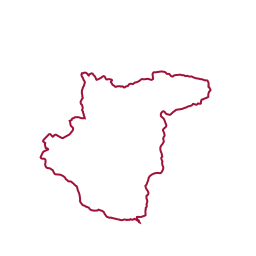 Hualgayoc, Cajamarca, Peru, rotated 131°
{"feature_id": "86281439B40192866337915", "entity_name": "Hualgayoc", "entity_type": "district", "adm_level": 2, "iso_a3": "PER", "parent_name": "Peru", "parent_adm1": "Cajamarca", "projection": "albers", "projection_center": [-78.549, -6.714], "detail": "fine", "context": "isolated", "style": "outline", "palette": "rose", "viewbox_px": 256, "rotation_deg": 131, "n_neighbors": 0, "source": "geoboundaries", "source_scale": "gbopen_adm2", "svg_char_len": 5840}
<svg xmlns="http://www.w3.org/2000/svg" viewBox="0 0 256 256"><g transform="rotate(131 128 128)"><path d="M184.2,183.3L184.6,183.5L190.9,183.9L192.2,183.9L193.0,183.8L193.6,183.5L193.8,183.3L193.7,180.6L194.0,180.6L194.8,180.0L195.2,179.5L195.9,178.8L196.2,178.1L197.1,177.0L196.3,175.2L196.4,174.4L196.6,174.2L197.0,174.3L199.8,175.7L201.0,176.2L202.1,176.3L206.0,175.2L207.5,174.7L207.8,173.8L207.7,173.2L207.1,172.1L206.4,171.5L206.1,170.9L206.1,170.0L206.3,169.2L208.3,167.5L209.4,167.0L210.0,166.5L210.6,165.7L211.2,164.3L211.3,163.7L211.2,162.8L209.8,160.7L209.2,157.2L210.5,154.1L210.7,153.1L210.5,152.3L207.8,148.7L207.4,147.6L206.8,145.5L206.7,143.6L206.8,142.8L207.4,141.5L207.2,139.3L207.4,138.6L207.2,137.7L206.0,136.3L205.8,135.5L205.7,132.2L205.8,131.6L205.9,129.9L205.9,129.4L205.6,128.8L206.4,127.0L207.8,125.3L209.1,122.5L210.2,120.8L212.3,118.3L214.3,116.4L214.6,116.4L214.7,116.2L215.3,114.9L215.9,111.9L215.8,111.1L215.1,109.8L214.9,107.8L214.5,107.3L213.9,105.3L213.9,104.9L214.2,104.0L214.3,103.3L214.1,102.1L213.8,101.3L213.3,100.6L212.9,99.7L211.1,97.7L210.6,97.4L210.2,96.9L208.9,96.6L208.1,94.3L207.4,93.0L207.4,90.9L208.1,89.4L208.9,85.9L208.8,85.3L208.2,84.2L207.9,83.0L207.2,82.5L206.6,81.7L206.5,81.2L206.2,80.8L205.3,78.9L204.7,78.0L204.5,77.4L204.2,77.0L204.0,76.4L203.5,75.7L202.8,74.4L202.7,73.9L202.4,73.5L202.1,72.8L201.4,72.0L200.0,71.1L199.2,70.4L198.6,69.6L198.5,69.0L198.1,68.3L197.3,68.0L196.6,66.8L196.2,66.5L195.6,66.5L195.1,66.3L194.9,65.4L194.3,64.4L193.7,64.2L193.2,63.8L192.4,63.6L192.3,62.8L192.1,62.5L191.7,62.3L191.6,61.8L191.8,60.7L191.3,59.2L191.4,58.8L191.9,58.0L191.7,57.4L191.5,57.9L190.7,59.2L190.9,60.0L190.8,60.5L190.8,61.3L190.4,61.8L189.9,62.3L189.6,62.8L189.4,62.9L189.0,62.7L188.6,62.3L188.1,61.7L187.7,60.9L186.2,59.5L185.1,59.0L184.5,58.5L183.3,57.9L182.3,57.6L182.1,57.6L181.7,58.1L180.4,59.3L179.8,59.9L178.4,61.0L177.8,61.1L176.9,62.1L176.5,62.2L175.9,62.1L175.4,62.2L175.1,62.5L174.2,62.9L173.7,63.7L172.9,64.2L171.3,64.9L170.6,65.4L170.0,66.0L169.1,67.8L168.1,68.6L167.4,69.4L166.6,69.6L165.9,69.2L165.3,69.2L163.9,69.7L163.5,70.0L162.5,72.1L162.0,74.0L161.1,75.8L160.3,76.9L158.6,76.9L157.5,77.3L153.5,78.8L152.6,79.5L151.0,79.9L149.5,79.9L147.3,79.4L144.7,78.2L142.4,76.2L141.1,74.1L140.1,73.7L139.2,73.7L137.2,74.1L135.5,74.8L134.6,75.5L134.2,76.0L133.7,77.2L133.1,78.1L131.7,79.6L130.7,80.0L130.5,80.3L129.7,82.1L128.9,83.2L128.5,83.4L127.2,83.3L126.9,83.5L126.4,84.5L125.3,85.6L124.5,87.3L123.6,88.8L122.5,90.0L121.4,90.8L120.6,91.2L119.3,91.4L117.0,91.5L114.9,92.0L113.7,93.3L113.2,94.3L111.6,95.1L110.0,95.3L109.3,95.7L108.7,96.7L108.2,97.2L106.8,100.2L106.6,100.4L105.1,100.6L103.5,100.3L102.1,100.2L101.4,100.4L100.8,100.8L97.8,106.4L97.5,107.5L97.5,110.5L96.9,111.6L95.8,112.4L94.7,112.8L92.8,112.7L92.2,112.3L91.9,111.6L91.9,110.6L92.2,109.6L92.2,108.1L90.7,105.1L89.7,104.7L86.3,104.4L84.7,103.9L83.3,103.8L82.2,103.2L78.2,99.7L75.5,98.4L74.9,97.8L72.7,97.0L69.5,94.9L69.1,94.7L67.2,94.7L66.9,94.4L65.8,92.0L65.5,91.6L64.9,91.3L63.6,91.3L62.4,89.4L62.0,89.2L61.3,89.3L60.0,90.4L58.4,91.0L58.0,90.9L57.1,90.1L56.4,90.0L54.5,88.9L52.7,88.1L52.0,87.9L51.7,87.9L51.3,88.2L50.1,89.4L48.4,90.2L47.7,90.6L46.8,90.5L45.5,90.5L45.2,90.6L44.8,91.2L44.5,92.5L44.0,93.1L44.0,93.6L44.2,94.1L44.1,94.4L43.3,94.8L42.8,95.5L41.8,96.0L40.8,97.3L40.2,98.8L40.1,99.2L40.5,100.0L41.5,101.0L42.7,104.2L43.8,105.6L44.5,107.3L45.6,108.8L46.6,111.0L47.3,113.5L47.7,114.3L48.6,115.0L49.1,115.7L49.4,116.4L49.5,117.1L49.7,117.5L50.9,118.4L51.3,119.0L51.4,120.0L51.7,120.8L52.5,121.5L52.8,122.0L53.1,122.9L53.6,123.7L56.9,126.8L58.0,127.7L58.8,127.9L59.7,127.9L60.2,128.4L60.6,129.9L60.3,131.0L60.2,132.0L60.2,132.5L61.7,134.3L61.4,136.1L61.8,137.4L63.4,139.9L68.1,143.9L68.9,145.0L69.6,145.2L70.4,145.1L71.0,144.9L71.7,144.4L73.1,142.7L73.7,142.3L74.2,141.5L74.5,141.3L74.9,141.3L75.6,141.5L76.4,142.0L76.8,142.8L77.3,144.2L78.0,145.4L80.9,148.0L81.9,149.6L82.5,149.9L85.0,150.3L86.6,150.9L88.2,151.8L89.1,152.6L91.2,153.0L91.7,153.3L92.6,154.7L93.2,155.3L93.9,155.7L94.8,155.9L96.3,155.6L98.3,157.0L99.1,157.0L99.9,157.4L100.1,157.8L100.1,159.4L100.4,159.7L101.3,160.4L101.6,160.8L101.6,161.3L102.2,162.0L103.8,163.6L104.9,164.1L105.2,164.6L105.3,165.1L105.2,166.3L105.5,167.8L105.5,168.2L104.9,169.6L104.7,170.9L104.4,171.2L103.8,171.3L102.6,171.3L102.3,171.7L102.4,172.3L102.8,173.2L103.4,174.2L104.0,174.8L104.9,175.5L105.3,175.9L105.5,176.3L105.4,177.1L104.7,178.7L104.6,179.5L104.6,180.0L104.9,180.5L105.8,180.9L108.2,181.4L111.9,183.0L112.2,183.3L112.2,183.8L111.0,186.1L110.7,187.2L110.7,188.7L110.6,189.1L110.3,189.7L110.2,190.2L110.3,190.6L110.6,191.3L112.5,192.2L113.1,192.3L114.1,192.1L114.1,193.2L113.8,194.1L113.8,195.2L114.1,196.4L114.8,197.2L115.6,197.7L116.4,197.9L116.7,198.1L116.8,198.6L118.1,198.3L119.0,197.3L119.5,196.1L119.9,194.7L120.7,193.4L121.4,191.1L121.8,190.6L122.8,190.0L123.4,189.8L124.6,189.1L127.0,188.6L127.6,188.4L128.5,187.8L129.2,187.7L129.9,187.4L130.8,186.6L132.0,185.7L133.4,183.7L134.2,183.2L134.7,182.1L135.1,181.8L135.4,181.7L136.0,181.8L137.1,181.6L138.1,181.2L139.0,181.1L139.8,180.5L140.7,179.4L140.7,178.0L141.2,177.2L141.5,176.6L142.6,175.3L143.1,175.0L144.4,174.5L144.8,174.2L144.9,173.4L145.2,172.6L145.7,172.2L146.2,171.6L146.4,170.8L146.6,170.4L147.4,169.8L148.2,168.0L149.0,167.1L149.2,167.6L149.4,168.0L149.8,168.0L151.0,169.2L152.3,172.4L154.2,174.6L155.1,175.3L156.2,175.4L156.7,175.9L157.2,176.2L158.1,176.2L158.8,175.8L159.0,175.8L160.9,176.7L161.4,175.7L162.7,174.2L163.5,173.1L163.9,172.4L163.9,170.5L164.1,169.4L164.8,168.7L166.4,168.1L167.7,168.0L168.8,168.1L169.5,167.9L171.5,168.0L176.3,169.8L178.3,170.5L178.5,170.7L178.9,171.4L179.4,173.3L180.3,177.9L180.6,178.3L181.2,178.7L182.8,179.0L183.2,178.8L183.6,178.9L183.9,179.0L184.0,179.5L183.6,182.5L184.2,183.3Z" fill="none" stroke="#9f1239" stroke-width="2"/></g></svg>